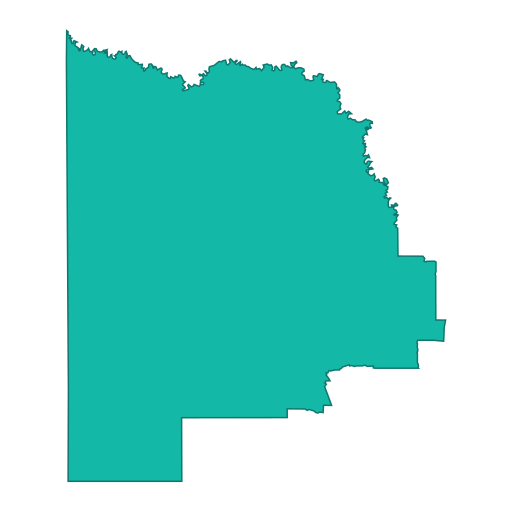 the district of Mildura, Victoria, Australia
{"feature_id": "25037944B71441363107667", "entity_name": "Mildura", "entity_type": "district", "adm_level": 2, "iso_a3": "AUS", "parent_name": "Australia", "parent_adm1": "Victoria", "projection": "robinson", "projection_center": [141.957, -34.865], "detail": "fine", "context": "isolated", "style": "filled", "palette": "teal", "viewbox_px": 512, "rotation_deg": 0, "n_neighbors": 0, "source": "geoboundaries", "source_scale": "gbopen_adm2", "svg_char_len": 5810}
<svg xmlns="http://www.w3.org/2000/svg" viewBox="0 0 512 512"><path d="M387.9,186.6L385.3,185.6L388.4,182.8L386.7,179.0L384.4,177.9L383.3,178.5L383.9,181.8L385.4,184.1L383.9,184.8L382.5,182.5L379.3,182.3L379.2,180.2L378.5,179.2L375.5,180.9L374.6,180.6L374.3,179.0L375.2,176.9L374.1,173.9L372.9,175.2L370.8,175.8L368.0,173.7L368.3,171.5L366.9,172.2L366.1,171.0L366.6,170.0L372.9,168.9L371.6,167.4L368.8,168.2L367.6,167.2L369.7,164.6L370.1,163.0L371.8,161.6L368.2,161.1L367.1,162.2L366.5,164.2L364.3,162.9L364.4,161.0L365.3,159.4L367.6,157.4L369.6,157.7L368.5,154.8L367.1,156.0L365.4,155.4L363.7,156.2L363.0,155.5L363.2,154.1L364.6,152.9L365.5,149.8L364.6,148.1L366.1,146.8L364.4,145.9L365.3,144.8L365.4,143.5L363.3,143.9L362.7,143.4L364.6,140.7L362.9,139.8L362.8,138.9L363.7,137.8L362.7,137.5L362.5,136.9L365.3,134.1L367.4,134.7L366.2,130.2L368.1,129.4L368.4,128.7L367.6,128.2L365.8,128.8L365.2,128.1L366.9,127.0L369.8,128.5L370.9,128.1L371.2,127.6L370.1,126.3L369.7,124.2L370.5,123.2L372.4,123.4L372.2,121.7L368.7,120.1L367.3,120.3L366.1,119.1L361.7,121.7L358.3,122.3L356.3,121.6L355.2,119.9L352.0,119.6L350.5,118.2L348.3,119.0L347.4,117.3L348.3,115.0L349.2,113.9L351.5,113.7L348.7,111.3L346.1,113.2L344.7,111.0L341.7,113.8L338.0,114.0L337.3,113.0L337.2,111.6L340.7,109.0L339.9,106.3L341.0,103.8L339.6,101.7L337.3,101.0L337.8,99.3L339.7,98.4L339.8,95.0L337.9,92.8L339.7,90.9L339.8,89.6L338.2,87.7L337.6,88.8L336.7,88.8L336.4,84.0L334.5,81.9L330.1,82.5L327.0,80.5L326.4,80.7L325.8,82.5L323.2,82.3L322.6,80.7L323.3,79.4L321.7,79.3L323.3,74.7L319.5,73.6L318.4,74.2L317.2,76.5L313.4,75.7L313.0,76.9L313.7,79.7L313.3,80.3L310.3,81.0L307.6,79.5L305.4,79.9L304.3,75.8L301.7,74.1L302.0,72.6L304.2,71.1L303.9,69.2L301.1,67.8L298.3,67.7L295.7,68.8L294.1,67.8L293.9,66.0L295.1,64.0L296.8,62.7L296.0,61.2L293.5,62.9L290.6,62.6L291.2,65.4L293.1,66.8L292.5,67.6L290.5,67.6L287.5,65.9L286.3,66.6L284.6,64.5L283.0,64.4L282.0,65.0L281.3,66.3L281.2,67.7L281.9,69.6L281.5,70.4L279.8,70.4L276.1,66.1L274.9,66.9L274.7,70.1L273.7,70.9L271.9,70.0L272.8,67.8L271.3,64.9L269.3,65.1L267.2,64.0L263.2,65.0L264.1,67.4L261.5,70.7L259.6,68.5L256.5,69.1L256.0,67.4L254.0,69.5L250.6,68.2L248.4,66.6L246.5,66.4L245.4,65.1L243.2,65.1L242.3,64.2L240.2,65.5L239.7,64.7L240.7,62.3L240.4,61.6L237.2,64.1L236.0,64.3L235.2,63.7L235.0,62.8L236.9,61.3L237.0,60.5L236.2,60.4L235.0,61.8L233.7,62.0L230.5,58.9L229.3,59.7L230.2,62.6L227.9,65.0L226.6,64.3L225.6,60.2L222.7,60.8L221.4,61.8L219.0,61.5L214.2,65.4L209.5,66.7L208.9,68.8L209.4,71.4L208.5,72.8L207.1,72.7L205.8,71.1L205.0,71.1L207.0,73.8L207.0,75.0L206.5,75.5L205.2,75.7L203.5,73.7L201.5,75.2L199.8,74.1L199.1,74.4L199.9,75.9L202.4,75.5L203.2,77.1L203.1,78.7L201.1,79.7L200.3,80.9L201.0,82.1L203.6,82.6L203.8,83.6L203.2,84.5L201.6,84.6L200.3,83.4L200.0,85.7L199.1,86.4L194.1,84.4L193.3,86.0L191.4,86.9L188.4,84.5L187.8,85.6L189.0,88.0L188.4,89.4L183.4,90.9L182.5,90.2L182.5,89.4L184.9,88.4L185.2,87.5L182.8,85.2L182.6,84.3L185.2,81.8L183.5,81.0L181.3,76.2L180.1,75.1L178.5,75.2L178.2,76.8L177.5,77.4L175.1,76.3L174.6,77.6L173.5,78.0L170.7,76.7L170.3,78.4L169.4,78.5L166.9,76.5L167.1,72.9L163.5,74.1L161.5,73.0L161.2,71.9L162.1,69.4L161.6,68.3L160.6,68.1L157.3,70.0L155.9,66.8L153.4,66.3L153.9,67.9L153.2,68.1L151.9,64.5L151.1,63.9L148.9,64.3L148.4,67.4L145.6,69.0L145.3,70.4L143.9,71.1L143.5,69.6L144.1,68.0L142.1,68.1L141.4,67.5L142.5,65.3L142.3,64.3L138.7,64.7L138.1,64.1L138.2,63.0L135.1,62.2L131.9,59.2L129.9,55.6L128.3,55.8L127.3,58.1L126.3,57.9L126.1,56.6L127.3,54.3L126.1,51.3L125.2,52.0L124.9,53.7L123.3,54.5L121.9,53.3L121.9,51.4L120.6,52.3L119.5,51.3L118.5,51.4L117.2,54.1L115.7,54.6L115.6,55.7L114.5,55.9L115.7,56.9L116.0,58.0L115.5,58.9L114.3,59.1L112.6,58.3L111.8,56.4L111.8,54.4L111.1,54.6L109.9,56.9L108.4,57.2L107.3,56.6L107.2,53.2L105.2,53.0L107.3,52.0L106.8,50.9L107.2,49.6L105.5,50.1L105.0,51.9L103.9,51.4L103.8,50.3L101.9,51.8L100.2,52.2L97.3,51.2L96.1,48.7L94.6,48.6L93.1,50.2L94.9,51.1L95.4,53.5L94.8,54.7L93.6,55.2L92.2,53.8L92.9,52.3L92.7,51.6L89.9,51.7L88.5,48.4L87.7,49.7L85.0,51.3L83.6,51.3L82.9,48.8L83.8,46.6L81.8,44.8L81.2,46.2L81.4,47.7L79.6,48.7L80.4,50.3L79.5,50.9L78.5,50.0L78.2,47.7L74.9,45.6L75.3,42.7L77.1,42.0L74.1,40.7L73.4,41.5L73.1,43.6L72.1,43.5L71.4,42.5L71.4,40.9L70.3,39.7L71.7,38.3L69.2,38.0L70.4,36.8L70.4,35.7L67.8,34.8L68.1,31.7L66.7,30.7L66.4,60.1L68.4,389.8L68.1,481.3L181.8,481.3L181.6,417.7L287.2,417.6L287.2,408.8L305.0,409.0L307.1,410.3L309.1,409.5L312.2,410.4L314.6,411.2L315.6,412.5L317.9,413.0L319.9,412.1L323.1,412.6L323.5,405.3L331.6,405.4L324.6,386.5L326.4,384.2L324.7,383.0L325.5,382.5L325.7,380.9L330.0,380.8L328.5,378.0L326.2,375.3L326.7,374.7L326.2,372.8L327.8,372.9L329.1,370.5L330.3,371.0L334.9,370.0L339.5,370.0L339.7,369.1L341.4,368.4L342.3,367.1L349.2,364.8L349.6,366.0L351.7,365.5L354.5,366.5L356.2,365.9L362.4,365.9L365.0,365.2L367.2,366.4L373.4,366.0L373.3,367.9L375.1,368.2L418.5,368.2L417.9,367.5L418.5,366.5L418.1,363.8L417.4,362.9L417.4,353.1L416.9,352.3L417.6,351.6L417.8,349.4L417.1,346.9L417.5,343.8L416.9,343.0L417.6,340.3L433.7,340.3L443.7,341.2L444.2,327.6L445.6,320.1L435.8,320.0L435.7,275.4L435.2,274.2L436.0,271.5L436.0,262.0L434.7,261.2L426.7,261.3L426.1,261.9L424.1,261.3L424.7,258.4L422.9,256.2L398.0,256.1L397.7,228.3L395.8,226.8L396.7,224.9L394.0,224.3L394.4,222.8L396.9,220.2L396.2,217.8L398.2,215.0L396.8,214.4L395.1,215.4L394.1,215.1L394.1,214.1L396.3,213.4L397.1,212.3L395.8,209.9L394.2,209.8L393.6,208.3L393.7,207.3L395.0,206.0L397.1,205.8L397.6,205.2L396.4,203.5L395.4,203.3L394.1,205.3L391.4,205.0L391.5,205.8L393.3,205.9L392.7,207.2L389.7,207.5L388.4,206.7L388.2,201.9L389.1,199.7L390.7,198.1L390.0,197.8L388.0,199.0L386.8,197.5L384.9,198.0L384.0,197.2L384.3,196.5L386.5,195.6L385.3,193.3L387.4,192.1L385.9,190.5L387.6,189.2L387.9,186.6Z" fill="#14b8a6" stroke="#0f766e" stroke-width="1.5"/></svg>